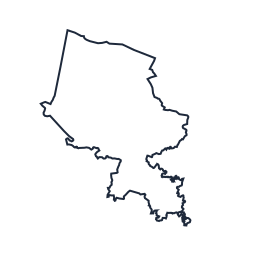 outline of Homs, Homs (Hims), Syria, rotated 201°
{"feature_id": "27442178B91557549439519", "entity_name": "Homs", "entity_type": "district", "adm_level": 2, "iso_a3": "SYR", "parent_name": "Syria", "parent_adm1": "Homs (Hims)", "projection": "orthographic", "projection_center": [36.55, 34.443], "detail": "fine", "context": "isolated", "style": "outline", "palette": "slate", "viewbox_px": 256, "rotation_deg": 201, "n_neighbors": 0, "source": "geoboundaries", "source_scale": "gbopen_adm2", "svg_char_len": 5457}
<svg xmlns="http://www.w3.org/2000/svg" viewBox="0 0 256 256"><g transform="rotate(201 128 128)"><path d="M202.1,197.9L204.7,197.1L211.9,198.0L219.5,197.6L212.9,160.6L208.0,131.7L208.3,129.9L208.3,127.1L208.8,125.1L208.9,122.6L214.5,122.7L215.4,122.0L218.1,119.4L215.9,118.1L212.8,117.0L212.4,116.6L212.1,114.3L212.3,112.0L211.5,110.4L209.9,109.6L207.6,110.0L205.2,111.5L186.6,102.2L180.1,99.3L175.3,98.0L174.7,97.2L175.1,95.9L176.0,95.3L177.3,95.6L178.0,95.4L180.1,96.7L180.9,96.6L181.8,95.2L178.7,90.8L177.3,91.5L174.5,91.9L172.8,91.5L171.6,90.9L170.5,90.8L170.3,91.3L169.4,92.1L168.9,92.1L168.6,91.3L167.1,91.3L166.6,91.8L161.5,94.0L159.9,95.0L157.3,95.5L154.5,94.7L153.6,95.8L153.4,96.6L153.6,97.2L153.0,97.9L150.2,97.9L149.8,98.3L149.1,98.5L148.3,98.3L147.8,97.5L146.7,96.7L148.2,94.6L149.0,92.6L149.1,91.7L147.7,90.1L147.0,90.1L146.3,89.7L146.2,89.3L145.2,88.7L144.5,90.3L144.0,90.7L141.7,91.4L139.9,90.7L138.6,91.2L138.0,92.0L138.0,93.9L137.4,94.4L136.6,94.3L135.9,93.6L133.4,94.2L131.7,93.9L129.6,94.8L127.0,95.2L125.6,95.8L123.3,95.4L122.9,94.7L122.9,93.8L123.2,92.9L123.3,91.8L123.0,90.2L123.2,88.6L123.2,85.4L121.8,82.8L122.3,82.1L127.3,79.4L126.9,78.0L125.6,75.5L124.0,73.7L123.9,72.7L124.1,71.5L123.5,70.7L122.9,69.1L123.6,67.9L123.9,65.5L125.3,64.9L124.4,63.7L122.4,62.5L123.1,58.3L122.5,56.2L121.4,56.9L121.7,58.1L121.4,58.7L118.9,59.2L117.2,60.0L116.0,58.1L115.5,56.0L114.9,55.9L114.3,55.3L113.8,55.7L113.9,57.7L113.6,58.8L110.8,59.1L106.7,60.1L106.4,60.6L107.3,62.5L107.2,63.0L106.4,64.4L104.7,68.7L103.7,70.2L94.0,71.0L92.6,70.4L88.9,72.5L87.8,71.8L88.1,70.6L87.8,69.6L87.0,68.6L82.7,67.5L82.1,65.9L80.7,64.1L80.8,63.2L79.8,63.3L79.3,62.9L79.4,62.5L78.5,61.4L77.3,60.8L76.5,60.1L76.1,58.9L76.0,56.4L75.5,56.6L75.5,56.9L73.9,57.2L73.8,57.7L74.1,58.4L73.8,60.0L73.3,60.6L71.9,61.2L72.2,60.8L71.8,60.3L71.3,60.1L71.3,58.4L70.4,58.0L69.9,56.6L67.2,56.7L67.4,55.4L69.4,54.1L69.1,52.8L68.6,52.7L67.9,52.0L65.8,52.3L65.8,52.5L65.0,53.1L63.6,53.8L63.2,54.3L63.4,55.3L63.3,55.7L63.4,56.5L61.5,57.2L60.2,57.1L60.2,58.7L60.5,60.2L61.0,60.4L61.0,60.7L60.9,62.8L60.6,62.7L59.4,63.5L58.2,63.8L57.5,64.3L57.1,64.2L56.2,64.5L56.1,64.2L55.8,64.1L55.2,64.7L54.3,65.0L53.7,65.7L52.7,66.5L52.1,66.3L50.6,66.8L50.5,65.1L48.6,63.8L48.0,64.7L47.8,65.6L47.1,66.4L45.8,66.5L45.6,65.8L45.3,65.6L45.2,64.9L45.4,63.9L44.5,62.2L44.3,62.2L44.3,61.7L44.1,61.6L43.6,62.3L43.2,62.1L43.3,61.4L43.7,61.0L43.6,60.7L43.0,61.0L42.7,60.9L42.9,60.8L42.7,60.4L42.4,60.7L42.4,60.3L41.9,60.1L41.4,59.2L40.6,58.9L40.8,57.7L40.4,57.7L40.3,57.4L38.6,57.9L38.8,58.6L38.5,60.4L36.5,62.2L36.6,64.0L37.1,64.7L39.2,65.5L40.1,65.4L41.0,64.8L41.1,64.2L41.9,63.3L43.7,63.0L44.2,63.4L44.0,64.0L42.4,65.4L43.7,65.9L43.8,67.4L44.1,68.0L44.5,68.3L45.0,68.1L45.3,68.2L45.6,69.2L46.2,69.1L48.2,68.0L49.5,68.2L48.0,69.4L47.6,70.4L47.2,72.3L47.9,72.7L49.1,73.0L49.6,74.3L49.0,75.8L50.1,77.3L48.4,79.0L48.4,80.0L49.0,80.4L50.1,79.8L50.7,79.9L51.1,83.1L51.5,83.5L52.1,84.8L52.5,84.9L53.3,84.1L53.7,83.7L54.2,82.5L56.6,82.4L57.0,82.6L56.8,84.2L57.0,84.9L57.5,85.4L58.3,84.7L58.7,84.7L58.8,85.6L58.5,88.5L60.7,89.4L61.0,90.0L60.9,90.7L59.2,91.5L58.7,92.5L57.3,93.6L57.3,94.5L58.1,96.8L58.2,100.6L59.3,99.9L59.6,98.4L60.1,98.2L61.8,98.5L62.7,99.7L63.2,100.1L63.6,99.9L63.6,99.2L63.4,99.1L63.5,98.7L64.0,98.7L64.1,98.4L64.5,98.8L65.1,98.8L65.5,100.4L66.0,100.6L66.4,100.1L66.3,99.7L66.5,99.2L66.0,98.9L66.0,98.4L66.3,98.3L66.1,98.0L66.6,98.0L66.0,97.2L66.5,96.9L67.3,97.5L67.7,97.2L67.8,97.0L67.0,95.8L66.4,95.8L66.3,95.3L66.5,95.1L66.0,94.7L66.4,94.6L66.6,94.4L65.9,93.7L66.9,94.0L66.8,94.5L67.2,94.8L67.8,95.0L68.0,94.5L68.3,95.0L67.8,95.8L68.1,96.4L68.4,96.4L68.7,95.7L69.3,95.2L69.2,95.0L69.5,95.1L69.2,96.0L69.6,97.3L69.5,97.8L70.3,98.0L70.8,97.7L71.5,96.8L72.6,96.9L72.8,96.5L73.5,96.3L73.6,96.6L74.1,96.5L75.7,95.5L76.7,95.5L77.0,95.1L78.1,95.2L78.5,94.4L78.9,94.5L79.1,95.1L79.6,95.7L79.5,96.2L79.7,97.1L79.3,97.8L78.8,98.2L77.7,98.6L76.9,98.4L76.7,99.5L76.2,100.0L76.5,101.0L77.6,101.4L78.1,101.1L78.2,100.6L79.3,100.6L80.1,100.9L80.4,101.5L81.0,101.9L81.8,102.1L82.6,101.9L83.1,100.9L84.6,101.5L85.9,104.0L86.8,104.8L87.9,104.9L87.8,104.2L88.3,103.9L89.1,100.9L89.6,99.9L90.0,99.7L91.1,100.2L93.9,100.6L94.1,101.1L95.5,101.6L95.9,102.0L96.3,103.3L98.7,103.7L98.6,104.5L99.0,104.9L99.5,105.1L99.8,105.6L100.0,109.1L99.5,109.3L95.3,109.3L95.1,109.6L95.5,111.6L93.2,113.8L92.6,114.7L89.8,114.7L88.3,115.6L88.3,117.9L88.0,119.3L87.1,119.7L85.9,122.3L85.4,122.5L84.9,121.8L84.5,121.6L84.5,122.5L84.1,122.8L84.1,123.3L83.9,123.6L83.5,123.8L82.4,123.4L81.7,123.5L81.6,123.9L82.1,124.3L82.1,124.9L81.8,125.6L81.4,125.7L80.1,124.6L79.8,124.6L78.2,125.6L77.4,127.4L75.6,127.8L75.7,129.7L75.4,130.2L75.0,134.5L73.7,136.4L73.6,137.0L72.6,137.1L72.1,140.2L71.8,141.0L70.8,142.2L71.1,143.2L72.5,144.8L72.4,146.3L72.8,147.1L73.1,147.3L73.9,147.2L74.6,147.6L76.3,147.6L77.0,148.1L77.5,149.1L77.5,149.8L76.8,150.9L74.2,152.9L75.5,156.7L75.5,159.4L75.9,160.4L77.3,161.0L85.0,159.3L88.9,160.7L92.8,160.0L95.8,159.8L96.9,159.0L99.8,158.2L101.2,158.1L101.1,160.4L104.3,161.0L104.8,161.5L105.0,163.4L107.8,165.1L108.8,166.1L109.7,166.4L110.8,166.1L111.8,166.5L114.3,166.4L117.1,169.5L119.6,174.3L122.4,177.1L127.3,180.7L124.7,183.5L120.6,186.6L123.0,188.3L124.6,189.0L126.2,190.9L128.9,190.9L127.7,200.0L127.8,202.9L150.3,203.0L163.2,204.0L175.6,200.1L178.9,200.8L182.6,198.2L186.4,196.4L194.8,195.4L198.2,195.5L199.7,195.8L200.9,196.3L201.9,197.4L202.1,197.9Z" fill="none" stroke="#1e293b" stroke-width="2"/></g></svg>